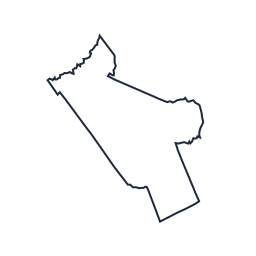 Peabiru, Paraná, Brazil (Equal Earth projection), rotated 200°
{"feature_id": "56859067B78247046057010", "entity_name": "Peabiru", "entity_type": "district", "adm_level": 2, "iso_a3": "BRA", "parent_name": "Brazil", "parent_adm1": "Paraná", "projection": "equal_earth", "projection_center": [-52.308, -23.93], "detail": "fine", "context": "isolated", "style": "outline", "palette": "slate", "viewbox_px": 256, "rotation_deg": 200, "n_neighbors": 0, "source": "geoboundaries", "source_scale": "gbopen_adm2", "svg_char_len": 1852}
<svg xmlns="http://www.w3.org/2000/svg" viewBox="0 0 256 256"><g transform="rotate(200 128 128)"><path d="M57.1,143.7L58.8,146.0L59.7,149.4L59.9,153.1L59.5,156.0L59.3,159.2L61.1,162.1L62.5,164.1L63.5,166.5L65.5,169.5L67.0,171.7L68.7,173.9L70.3,174.4L73.3,174.7L74.8,175.7L76.0,176.4L77.9,175.2L78.9,174.1L80.2,173.4L81.8,173.7L82.9,174.7L84.6,175.9L85.4,174.0L88.2,172.9L89.6,171.9L90.9,171.3L92.4,169.6L93.4,168.3L95.0,167.1L96.7,167.7L98.3,167.1L100.0,165.7L106.6,165.9L110.6,166.1L113.2,166.3L143.3,168.1L156.6,168.9L164.7,169.9L163.9,173.0L162.4,172.7L160.7,172.2L159.4,172.7L159.9,174.7L161.4,177.3L160.9,179.0L160.7,182.1L161.9,183.7L163.0,184.9L163.5,186.7L164.3,188.3L164.7,190.1L165.6,191.7L186.1,205.0L185.8,203.0L186.2,200.3L186.1,198.0L185.4,195.7L186.9,194.4L187.2,192.2L188.3,189.3L189.7,187.8L189.6,185.7L188.2,185.4L188.2,181.8L189.3,180.4L191.1,178.8L193.4,177.6L192.4,176.1L191.9,174.2L193.4,172.5L194.7,171.8L194.1,169.7L197.4,170.5L197.1,168.6L197.1,166.4L198.4,166.1L199.7,163.9L198.5,161.9L197.7,160.3L199.6,160.2L201.7,160.8L204.2,158.5L206.4,158.0L207.8,156.0L209.9,154.6L209.1,152.0L210.6,150.8L211.6,149.2L213.0,148.7L214.1,150.3L215.2,147.1L216.7,147.6L218.5,147.6L219.9,145.4L218.4,144.4L205.5,135.3L204.3,138.3L196.6,133.5L192.8,131.0L185.1,125.9L181.2,123.3L178.8,121.7L168.2,114.7L160.3,109.6L157.0,107.3L149.5,102.1L127.2,86.4L108.7,74.7L106.7,75.5L105.0,74.8L102.8,74.0L101.2,74.7L99.5,75.3L97.8,75.1L96.4,75.5L94.6,76.5L92.9,77.0L91.6,78.8L90.2,79.0L88.3,77.2L72.9,59.3L65.9,51.0L53.0,65.0L47.6,70.3L39.0,79.5L36.1,83.5L44.1,91.8L45.6,93.6L50.6,99.0L66.0,115.7L73.8,124.5L78.1,130.1L76.5,130.4L75.0,130.7L73.8,131.8L72.2,132.7L70.3,134.0L67.8,133.8L66.1,134.0L65.8,136.3L64.2,134.9L63.2,137.2L63.2,139.0L63.0,140.8L61.5,140.9L60.0,141.9L59.9,143.9L57.1,143.7Z" fill="none" stroke="#1e293b" stroke-width="2"/></g></svg>